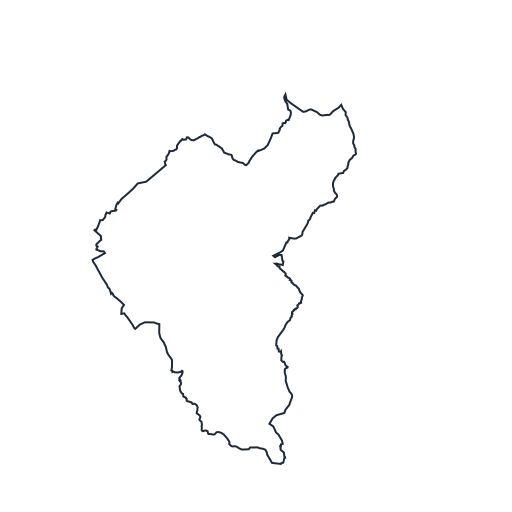 the district of Tarsolt, Satu Mare, Romania, rotated 127°
{"feature_id": "2599482B11376721616629", "entity_name": "Tarsolt", "entity_type": "district", "adm_level": 2, "iso_a3": "ROU", "parent_name": "Romania", "parent_adm1": "Satu Mare", "projection": "mercator", "projection_center": [23.323, 47.964], "detail": "fine", "context": "isolated", "style": "outline", "palette": "slate", "viewbox_px": 512, "rotation_deg": 127, "n_neighbors": 0, "source": "geoboundaries", "source_scale": "gbopen_adm2", "svg_char_len": 6150}
<svg xmlns="http://www.w3.org/2000/svg" viewBox="0 0 512 512"><g transform="rotate(127 256 256)"><path d="M407.1,111.0L406.3,111.2L405.2,110.2L404.5,109.9L400.2,111.8L399.6,111.3L399.1,111.9L398.9,112.9L396.2,115.3L396.0,119.3L395.5,120.3L394.3,120.9L393.4,122.3L392.6,121.8L391.5,122.7L390.0,121.6L387.8,124.1L385.0,130.9L385.0,133.0L384.7,134.1L382.5,138.0L381.7,140.0L381.9,144.3L375.7,145.0L370.9,143.9L364.3,138.9L361.2,139.9L354.4,139.8L353.6,140.3L346.8,142.3L345.6,143.3L344.7,144.8L344.2,147.5L342.0,151.4L337.8,157.2L335.7,158.5L334.3,159.7L331.7,163.0L329.1,164.8L328.1,164.8L326.2,163.7L325.5,164.0L325.6,165.8L325.5,166.6L323.6,169.7L323.6,170.0L324.4,171.0L324.1,173.0L321.2,175.0L319.7,175.4L319.6,176.3L317.0,178.8L317.8,178.8L318.5,180.3L316.5,182.2L317.0,183.1L315.2,184.8L315.2,186.0L312.6,187.8L310.6,188.9L307.9,189.7L298.6,189.8L295.8,190.1L292.7,191.0L289.6,191.1L286.8,190.3L284.5,191.2L282.9,190.9L282.5,191.6L280.4,192.0L280.5,192.6L280.3,192.9L278.8,193.5L277.9,193.0L276.8,193.3L276.3,192.8L275.7,193.2L274.9,192.9L274.6,192.3L274.1,192.6L272.6,191.8L271.6,191.9L270.6,193.3L269.1,192.8L267.8,193.1L267.2,192.5L266.3,192.3L266.4,191.9L266.2,191.8L265.5,192.6L262.8,193.5L262.1,194.2L259.4,194.9L259.0,195.4L258.4,198.7L257.1,201.1L256.2,202.4L256.3,203.3L255.6,206.2L256.1,208.5L255.6,210.4L255.8,211.6L255.7,212.0L254.5,212.6L254.4,213.5L254.8,214.6L253.9,214.7L253.5,215.9L254.1,217.9L253.7,218.7L254.0,219.4L253.9,220.9L253.0,221.0L252.2,221.7L251.8,224.0L252.0,225.5L251.7,226.3L251.6,229.2L251.2,230.1L250.4,230.8L250.8,231.3L251.1,232.6L250.7,233.7L250.6,236.1L249.6,234.9L248.7,232.3L247.7,230.8L247.1,229.2L243.9,230.8L244.1,231.5L243.7,232.2L239.8,236.2L241.2,238.1L245.5,240.1L245.4,242.3L238.3,238.8L235.4,237.8L226.9,239.9L226.4,239.1L224.3,239.6L222.8,239.4L221.4,240.5L219.3,236.2L218.0,234.6L212.3,231.9L211.0,232.0L208.7,233.3L200.2,234.2L197.8,234.7L196.5,235.5L195.9,235.5L195.2,235.1L193.3,235.2L192.5,235.7L187.2,236.5L186.7,235.4L184.0,236.4L183.6,235.2L182.1,235.6L177.1,235.0L175.6,233.0L174.7,233.0L173.1,231.7L169.7,230.3L168.6,228.7L166.9,228.0L166.6,227.3L165.7,226.6L162.9,227.3L159.9,226.9L159.5,227.1L158.2,228.8L157.9,231.0L157.1,232.9L155.3,234.6L153.9,236.5L151.4,238.4L148.4,239.3L147.5,239.2L146.4,239.7L141.7,239.2L140.6,239.6L137.3,236.4L135.2,236.9L132.2,236.0L130.5,236.0L129.6,236.7L126.9,237.6L126.2,238.3L122.7,239.0L119.8,238.2L118.0,238.6L116.8,238.5L114.9,237.5L113.9,237.9L112.5,239.5L110.5,240.9L109.9,242.6L109.4,243.4L108.6,243.9L107.6,246.2L105.8,247.5L102.3,249.0L100.0,251.4L97.6,255.5L96.7,257.2L96.4,258.3L95.8,259.0L95.4,259.9L92.5,263.2L91.9,264.7L90.5,266.2L89.5,269.3L87.1,270.9L86.2,275.1L84.0,278.9L87.6,279.2L94.1,281.6L98.1,281.9L99.6,282.7L100.1,283.6L104.0,287.8L104.7,289.9L104.4,294.0L105.8,300.3L106.8,301.3L110.9,303.5L112.5,305.1L113.0,320.2L112.8,325.5L109.3,329.7L111.7,329.3L112.4,328.9L113.7,327.5L115.0,325.1L115.5,322.9L119.7,318.4L119.3,316.5L119.7,315.3L120.3,314.6L122.5,313.2L127.7,311.7L127.8,312.4L129.6,313.3L130.4,313.3L131.2,312.7L132.3,312.6L133.3,314.1L134.2,314.5L135.9,313.3L138.1,313.7L140.2,313.7L140.9,312.9L144.2,312.4L144.7,312.6L145.6,313.8L148.2,316.5L153.2,315.0L160.3,313.4L165.5,314.2L171.2,317.6L170.9,317.9L172.6,318.3L178.7,318.8L184.2,318.4L186.1,317.9L189.4,318.5L189.8,319.5L189.7,322.6L191.8,327.0L192.0,329.5L192.6,331.5L192.3,333.3L190.1,336.2L190.3,337.3L191.1,338.5L192.6,343.7L191.4,346.1L191.2,347.0L190.6,347.9L190.8,348.2L190.7,351.4L191.1,355.1L191.6,355.9L191.3,356.9L188.6,362.2L189.1,365.9L189.4,366.7L189.6,370.1L191.2,370.5L192.5,371.6L194.5,372.2L195.1,372.8L196.5,373.1L201.1,375.4L202.0,376.9L202.4,378.2L202.1,381.7L202.9,382.6L204.9,382.0L205.9,382.8L206.7,383.8L206.9,385.2L208.7,385.1L208.8,385.5L209.5,385.7L214.7,385.6L215.6,385.4L217.3,384.1L218.3,383.8L219.4,384.1L220.0,384.7L221.4,385.0L223.7,387.2L224.1,388.3L227.3,387.2L230.7,387.2L232.9,385.5L233.9,385.3L235.6,385.7L237.3,383.7L237.7,382.7L262.7,388.4L269.2,394.1L275.5,394.6L281.0,395.5L291.3,397.7L296.9,397.7L296.7,398.5L299.1,398.3L303.2,396.6L303.3,395.2L304.0,395.2L307.4,398.5L308.5,398.8L310.0,398.3L311.2,401.5L313.8,400.9L315.8,399.9L319.5,400.0L321.5,402.1L322.7,401.4L327.5,400.0L331.4,399.2L331.6,399.8L332.1,399.6L332.3,400.6L332.7,400.5L333.4,392.1L334.5,390.7L335.5,390.2L336.2,389.3L337.9,389.8L342.8,390.5L343.9,389.6L343.7,388.1L343.9,388.0L346.4,387.7L347.0,387.3L346.5,386.0L345.9,383.2L344.1,380.7L344.0,379.8L344.6,378.4L352.5,381.7L354.4,382.9L357.5,384.2L358.5,382.8L360.1,378.3L366.0,365.4L368.6,358.0L370.2,355.3L370.3,353.5L371.3,351.8L373.4,349.0L372.2,348.9L372.5,347.3L373.2,346.4L373.6,344.4L373.5,342.7L373.9,336.4L374.5,332.0L378.8,331.7L383.3,328.7L381.1,326.7L381.9,324.4L382.3,322.2L385.0,313.8L386.8,309.9L386.9,308.6L380.8,307.5L375.9,304.9L370.5,297.6L369.8,295.1L368.6,292.2L375.8,286.9L378.7,283.3L379.5,281.3L380.7,277.0L381.6,275.9L382.7,273.6L386.8,268.6L386.8,268.0L387.4,267.2L389.1,261.6L389.9,260.2L395.4,256.2L398.3,254.8L398.0,254.0L399.0,252.9L398.0,252.4L397.8,250.9L395.9,248.1L393.5,246.2L392.3,246.1L392.2,245.3L394.0,244.2L396.2,243.7L399.6,243.9L400.1,243.5L400.3,242.5L400.8,241.5L401.5,242.2L402.4,239.5L403.5,238.9L406.3,238.5L409.4,235.2L410.4,232.5L410.0,231.3L412.0,229.4L411.3,227.1L411.5,226.5L411.9,226.3L411.9,225.3L413.3,224.3L413.3,223.3L412.3,221.4L412.4,220.6L411.7,219.7L411.8,218.9L412.3,218.2L412.3,217.5L411.0,216.3L410.8,215.8L410.8,214.2L411.1,213.0L412.1,211.4L413.4,210.8L414.5,209.9L416.1,209.5L417.3,208.6L417.2,205.3L417.6,203.9L418.7,203.3L420.7,202.8L421.0,202.1L421.3,199.6L423.3,197.6L424.6,197.1L425.6,196.0L427.7,194.7L428.0,194.1L427.9,193.0L426.1,191.8L425.3,190.5L425.1,189.1L426.5,187.6L426.7,186.9L425.5,185.1L424.2,182.4L423.2,181.7L420.8,181.5L420.0,181.1L418.7,179.1L418.1,177.1L417.9,174.5L418.9,169.7L420.3,165.7L420.7,165.1L422.3,164.2L422.6,162.0L422.4,160.4L420.6,158.3L419.9,156.6L419.8,154.1L419.1,150.8L415.0,145.8L414.1,145.4L412.7,145.5L412.3,145.3L407.9,139.5L407.2,137.1L405.7,134.4L405.5,133.2L405.2,132.8L405.3,131.1L406.9,128.4L407.8,127.7L411.6,118.7L407.1,111.0Z" fill="none" stroke="#1e293b" stroke-width="2"/></g></svg>